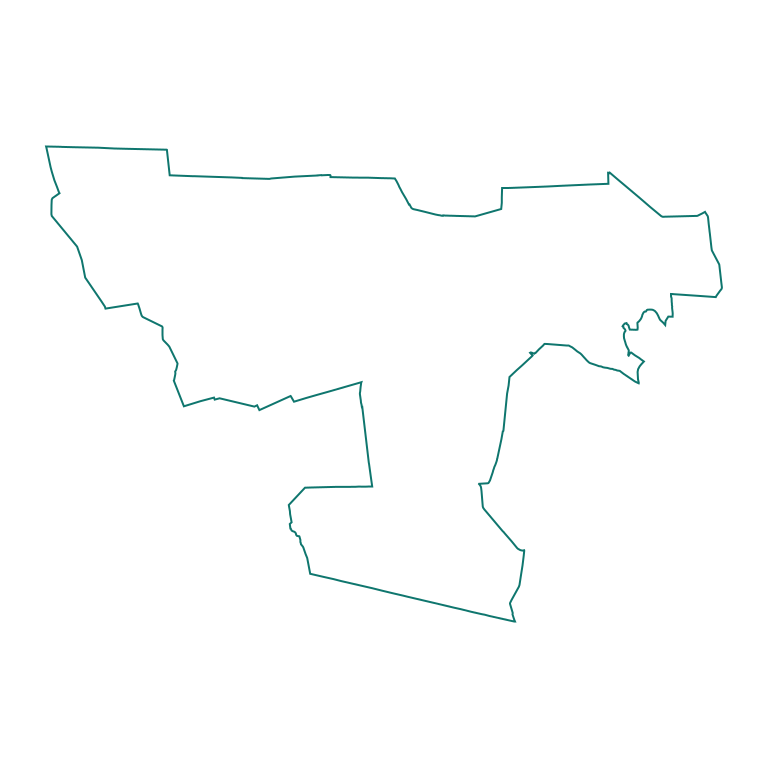 Albesti, Constanta, Romania (Robinson projection)
{"feature_id": "2599482B76974698099004", "entity_name": "Albesti", "entity_type": "district", "adm_level": 2, "iso_a3": "ROU", "parent_name": "Romania", "parent_adm1": "Constanta", "projection": "robinson", "projection_center": [28.424, 43.8], "detail": "fine", "context": "isolated", "style": "outline", "palette": "teal", "viewbox_px": 768, "rotation_deg": 0, "n_neighbors": 0, "source": "geoboundaries", "source_scale": "gbopen_adm2", "svg_char_len": 5984}
<svg xmlns="http://www.w3.org/2000/svg" viewBox="0 0 768 768"><path d="M46.1,146.5L46.4,147.6L50.6,167.2L51.8,171.7L54.4,180.3L57.1,187.2L58.8,191.9L59.5,193.2L52.8,197.9L52.4,198.3L51.8,199.5L51.7,200.5L51.5,205.1L51.4,214.2L51.8,216.0L77.1,246.6L81.8,260.1L85.2,277.6L101.2,301.0L104.9,306.6L105.5,308.6L137.7,303.5L138.1,304.3L139.5,308.5L141.0,313.7L141.7,315.7L142.4,316.6L143.0,317.1L162.0,326.4L162.3,326.8L162.5,327.3L162.6,327.8L162.5,329.5L162.5,335.1L162.8,339.1L163.0,339.6L163.6,340.5L167.7,344.7L169.3,346.6L177.5,363.4L177.5,363.9L176.7,367.7L176.1,370.0L175.2,371.5L175.4,373.4L175.2,374.8L174.1,380.1L173.8,380.6L174.1,381.4L183.9,406.3L200.4,401.2L214.0,397.6L214.7,399.6L219.6,398.3L254.4,406.6L257.1,405.3L259.4,410.1L290.6,396.0L290.8,396.2L294.0,401.7L306.5,397.9L316.6,395.0L327.7,391.9L361.4,382.2L361.1,383.1L361.0,384.2L360.6,387.0L360.2,391.4L359.9,393.1L359.9,394.1L360.1,395.6L360.3,396.9L360.5,398.4L360.8,400.3L361.0,402.7L361.5,404.5L361.9,407.2L362.0,407.5L362.3,407.3L368.8,462.7L369.1,464.3L371.0,478.1L372.2,486.5L369.5,486.5L365.0,486.7L358.7,486.6L355.3,486.8L342.0,486.9L335.1,486.9L311.2,487.5L305.0,487.7L288.8,505.0L289.1,506.8L289.9,511.1L290.1,514.1L291.6,522.3L289.8,524.0L290.4,528.6L290.8,528.7L291.6,530.5L291.9,530.7L292.5,531.1L294.4,531.8L295.3,532.5L295.6,533.0L296.0,533.9L296.1,534.7L296.8,535.7L297.1,535.9L299.3,536.3L299.5,536.7L299.7,537.5L300.4,540.0L300.4,542.1L300.7,542.7L301.0,544.3L302.8,546.5L303.3,547.4L305.6,554.1L307.2,558.0L310.2,573.8L323.6,576.9L333.5,579.1L341.3,581.1L372.2,588.2L382.2,590.7L393.0,593.3L403.4,595.7L407.4,596.7L433.9,602.9L454.1,607.7L460.5,609.1L472.1,612.0L481.9,614.2L484.7,614.7L489.5,616.0L514.1,621.5L515.0,621.5L514.2,619.6L512.5,614.4L512.7,613.3L512.7,612.9L510.0,603.8L510.0,603.3L510.2,602.7L511.6,599.9L515.8,592.3L518.9,586.7L519.5,584.9L521.2,573.8L522.5,565.6L523.7,555.9L524.2,551.1L524.2,550.6L523.9,550.5L523.9,550.3L522.7,550.6L522.0,550.5L521.0,550.3L520.1,550.0L517.8,548.7L517.0,547.9L511.7,541.4L504.3,532.9L503.9,532.3L502.8,531.3L500.5,528.6L484.3,509.4L483.4,508.1L483.2,507.8L482.8,506.7L482.7,505.7L481.5,491.0L481.1,487.8L480.8,486.6L480.5,486.0L479.9,485.0L479.0,484.0L479.1,483.8L487.5,483.3L488.3,483.1L488.7,482.7L490.0,480.4L492.6,472.7L493.1,470.9L493.2,470.3L493.5,469.7L494.2,467.5L494.3,467.1L495.4,464.7L496.5,461.6L497.0,459.9L497.1,458.8L497.3,458.5L501.4,439.3L502.8,431.4L503.2,431.2L503.4,430.8L503.5,429.9L507.1,393.6L508.6,385.5L509.5,377.0L516.8,370.1L522.1,365.4L531.9,356.3L532.6,355.5L530.1,352.8L530.6,352.5L531.5,352.6L533.6,353.4L534.3,353.7L535.1,352.9L535.5,353.0L539.0,349.3L543.0,345.6L544.4,344.0L544.7,343.9L547.1,344.0L566.3,345.5L567.6,345.5L568.5,345.5L569.1,345.7L569.9,346.2L571.1,346.8L572.1,347.3L572.9,347.9L575.3,349.8L577.2,351.4L579.7,353.0L580.3,353.4L581.6,354.6L583.9,357.2L585.2,358.6L586.7,360.3L588.8,362.3L589.4,362.7L590.1,363.1L595.5,364.9L596.6,365.3L597.7,365.7L599.0,366.2L600.1,366.3L601.3,366.5L603.1,367.3L603.8,367.4L604.7,367.6L607.3,367.9L610.5,368.8L612.4,368.9L612.7,369.0L613.9,369.6L615.7,369.9L617.2,370.5L618.7,370.7L619.8,370.9L623.7,373.9L635.1,381.6L638.7,383.3L638.8,382.9L638.0,379.3L637.6,372.0L638.1,369.2L639.6,366.4L641.2,364.4L643.9,361.5L640.6,359.1L639.4,358.1L634.9,355.3L632.6,353.6L631.3,352.6L631.1,352.5L630.8,352.5L630.3,352.8L629.6,354.0L629.2,354.5L629.0,354.9L628.8,355.6L628.7,355.7L628.3,355.3L628.2,354.7L628.3,354.1L628.4,353.7L628.6,352.9L628.5,352.6L628.5,352.2L628.7,351.7L628.8,351.4L628.8,350.8L628.7,350.2L628.0,348.8L627.7,348.4L627.3,347.3L627.0,347.1L625.9,344.5L625.2,342.0L624.9,341.1L624.0,338.0L624.0,337.0L623.9,336.8L623.9,334.5L624.1,333.4L624.6,332.0L625.3,331.3L625.5,330.7L625.0,329.4L623.4,327.7L623.5,327.1L623.3,326.7L622.6,326.3L622.9,325.7L623.6,324.8L624.4,324.0L624.6,323.6L626.5,323.1L626.8,324.1L627.5,324.4L628.0,324.9L628.5,325.5L628.8,326.5L628.9,327.0L629.2,327.9L629.6,329.1L629.8,329.6L630.1,329.6L636.0,329.8L637.2,329.7L637.5,329.6L637.7,327.7L637.4,322.9L637.7,322.4L638.4,321.9L639.2,321.1L640.7,319.2L641.4,317.9L642.1,316.1L642.3,315.0L643.5,312.6L644.0,312.1L644.6,311.6L645.5,311.6L645.9,311.5L646.2,311.1L646.8,310.1L647.6,309.7L649.6,309.6L651.1,309.6L652.7,309.8L653.9,310.4L655.0,311.1L656.8,313.2L658.1,315.6L659.1,317.9L659.6,318.9L660.0,319.7L660.9,320.6L663.1,322.6L665.2,325.0L665.6,320.9L668.3,316.6L672.6,316.7L672.7,313.5L672.6,312.2L672.2,308.9L672.1,307.9L672.1,307.2L672.2,306.5L671.9,305.2L671.9,303.5L671.7,301.9L671.6,298.6L671.6,298.2L671.1,296.8L671.0,295.1L671.0,294.0L699.0,295.9L715.8,297.1L716.1,296.4L716.8,295.3L720.2,290.6L721.4,289.2L721.8,288.2L721.9,287.3L721.3,282.5L719.3,264.8L719.1,264.2L712.0,250.7L711.8,250.2L711.4,247.4L709.8,233.1L709.6,231.7L709.3,228.9L708.7,223.9L708.1,218.0L707.8,216.3L707.5,215.8L705.2,212.3L705.0,211.9L702.3,213.4L699.7,214.7L697.5,215.8L696.9,215.9L665.0,216.7L663.1,216.8L662.4,216.7L661.8,216.4L661.2,216.1L650.2,207.0L640.0,198.2L626.0,186.4L617.9,179.6L609.7,172.6L609.1,173.3L608.6,172.8L608.3,172.7L608.1,172.7L608.4,183.8L590.0,184.5L561.3,185.8L547.4,186.5L534.9,187.0L511.4,187.9L507.9,188.0L502.1,188.0L501.8,197.4L501.8,202.8L501.2,209.0L475.1,216.4L456.1,215.9L453.7,215.8L449.2,215.7L446.8,215.6L445.3,215.6L443.9,215.4L442.9,215.4L442.7,215.5L442.7,215.8L441.5,215.7L440.0,215.3L438.4,215.1L435.4,214.5L424.7,211.8L417.3,210.0L413.6,209.2L412.8,208.9L412.1,208.5L411.3,207.8L409.5,204.4L409.0,204.6L406.2,199.2L402.0,192.1L400.4,188.9L399.4,187.1L398.4,184.8L396.6,181.3L395.8,180.0L395.4,179.4L394.9,178.5L390.5,178.3L380.8,178.1L368.8,177.7L353.4,177.6L339.9,177.3L330.5,177.1L330.5,175.5L330.2,175.1L329.5,175.0L327.7,175.0L321.6,175.3L321.5,175.1L317.5,175.4L317.5,175.5L294.8,176.6L271.1,178.5L269.5,178.9L242.2,178.1L242.1,177.9L231.0,177.4L230.7,177.4L194.5,176.2L192.7,176.2L169.7,175.3L166.9,149.8L166.7,149.7L126.2,148.8L114.3,148.5L98.4,147.7L73.4,147.2L61.9,146.9L60.7,146.8L46.1,146.5Z" fill="none" stroke="#0f766e" stroke-width="2"/></svg>